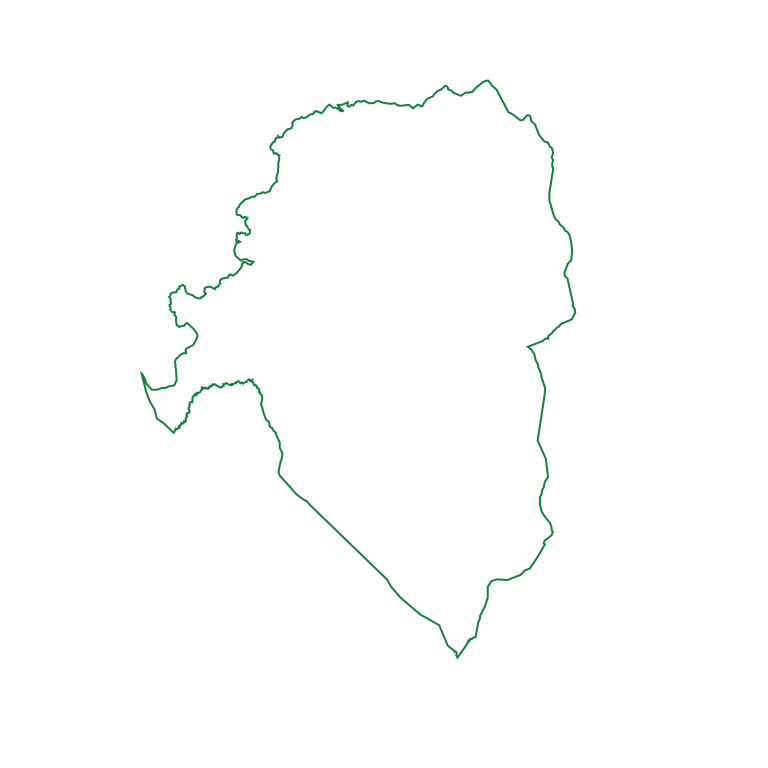 Pru West, Brong Ahafo, Ghana, rotated 163°
{"feature_id": "2480657B32965552352903", "entity_name": "Pru West", "entity_type": "district", "adm_level": 2, "iso_a3": "GHA", "parent_name": "Ghana", "parent_adm1": "Brong Ahafo", "projection": "robinson", "projection_center": [-1.234, 8.037], "detail": "fine", "context": "isolated", "style": "outline", "palette": "green", "viewbox_px": 768, "rotation_deg": 163, "n_neighbors": 0, "source": "geoboundaries", "source_scale": "gbopen_adm2", "svg_char_len": 6154}
<svg xmlns="http://www.w3.org/2000/svg" viewBox="0 0 768 768"><g transform="rotate(163 384 384)"><path d="M291.4,649.3L296.0,650.0L302.9,653.4L306.5,656.3L308.8,656.5L311.9,655.7L316.1,656.8L320.6,661.0L323.1,660.4L325.1,661.8L328.2,662.0L332.0,659.3L333.8,660.5L336.2,659.3L337.3,660.0L337.6,661.4L336.5,662.6L336.4,664.0L342.1,663.2L346.6,664.4L346.4,662.9L345.5,661.8L345.4,660.2L343.2,657.5L343.6,657.0L344.5,657.2L345.9,658.0L347.3,660.5L349.3,662.5L351.0,662.6L352.0,663.3L354.6,667.1L357.2,666.1L364.4,661.1L369.2,665.0L371.8,664.1L372.7,662.9L375.6,663.4L380.4,661.6L383.5,661.9L385.0,663.5L387.2,662.5L391.4,662.8L395.3,660.9L395.8,657.7L397.3,656.0L399.6,655.5L401.8,655.8L406.6,653.0L408.7,650.1L412.1,650.1L412.8,652.1L413.6,650.9L416.0,650.5L416.2,649.5L418.1,647.4L419.2,647.6L422.4,645.4L423.7,643.4L423.5,641.8L421.9,639.7L422.0,636.7L421.2,636.1L419.8,636.4L417.2,633.1L418.1,632.7L418.2,630.1L421.1,624.9L421.1,623.3L422.6,620.6L423.0,618.3L426.5,613.0L427.0,611.7L426.8,609.2L430.4,607.8L433.8,605.6L436.8,601.8L441.7,601.4L444.0,602.9L445.7,602.3L449.9,602.7L453.3,600.9L456.0,601.8L457.8,601.0L462.7,601.1L469.6,597.6L470.8,595.7L472.1,595.5L474.3,593.3L475.4,589.3L475.0,588.7L472.1,587.4L471.3,585.4L469.8,583.8L468.6,584.6L465.9,582.9L466.3,582.0L469.1,580.8L469.7,575.9L468.9,575.6L468.2,571.6L467.0,570.2L468.8,566.8L471.6,566.8L472.4,566.9L472.5,568.7L474.3,569.2L476.3,570.7L478.3,569.6L479.2,571.3L480.3,571.1L481.3,569.5L482.1,566.0L483.4,565.1L483.4,564.0L481.3,563.4L480.0,562.1L481.4,561.7L483.1,562.3L484.8,560.8L488.1,555.9L488.5,552.3L488.2,549.3L485.0,544.2L482.9,544.4L478.5,543.3L477.4,541.3L473.2,539.1L476.6,536.9L479.2,538.7L480.4,540.7L483.1,541.8L483.2,540.6L484.9,540.2L485.3,538.7L486.9,536.9L491.6,533.7L496.5,531.8L497.3,532.0L497.8,533.1L499.3,533.3L499.7,533.8L502.2,531.5L508.7,532.1L510.8,530.7L511.0,528.0L512.2,527.6L514.1,525.6L516.3,525.9L517.8,524.2L522.0,528.0L525.5,528.5L527.5,528.1L529.0,524.3L527.9,522.3L531.6,520.4L533.1,520.6L534.3,519.6L535.9,519.9L538.8,521.8L539.7,522.5L540.7,524.6L545.8,528.1L546.5,531.5L545.8,535.5L547.7,537.6L551.5,536.9L551.9,535.0L554.0,534.8L556.0,532.5L559.0,533.2L561.4,532.9L562.5,530.7L564.0,530.1L563.2,527.2L564.1,525.3L563.9,523.8L564.5,522.8L566.1,522.2L565.7,519.2L566.7,517.7L565.8,515.1L563.0,513.6L564.2,511.8L563.1,508.6L564.4,505.6L565.0,501.1L563.1,498.3L560.8,498.6L558.2,498.1L555.7,499.9L554.3,499.7L549.8,492.0L548.1,486.8L548.3,484.4L551.2,480.5L555.4,477.0L562.6,475.7L564.1,474.2L563.9,472.5L564.4,471.3L567.2,472.1L569.4,471.7L575.8,468.6L577.6,466.2L577.8,463.0L578.5,461.7L578.4,459.9L581.2,448.3L584.9,444.0L590.8,444.7L593.6,444.1L597.8,445.2L602.0,444.8L607.7,446.4L611.2,454.1L611.2,458.8L612.2,463.7L612.8,464.7L613.7,447.0L613.2,436.4L610.8,426.4L611.3,417.4L605.7,410.1L599.8,399.4L599.0,398.8L596.3,402.1L595.3,401.2L593.6,402.3L592.7,401.9L592.6,402.8L591.7,403.0L592.0,403.9L590.1,404.3L589.0,406.1L587.8,405.0L586.3,405.6L586.2,406.8L584.4,406.3L583.6,409.1L581.6,410.7L582.0,411.6L581.3,413.6L580.5,413.7L579.8,413.1L578.0,414.2L578.0,418.0L576.7,418.8L576.8,419.9L575.9,420.8L575.5,422.6L574.5,423.2L572.6,422.7L570.7,427.7L569.7,427.8L568.4,429.2L566.8,428.3L567.0,429.4L565.6,430.4L564.8,429.4L561.9,430.2L561.3,431.2L559.2,432.1L559.6,433.4L559.1,434.2L557.4,432.6L555.7,432.6L555.3,431.5L554.2,431.6L553.7,430.9L552.8,431.9L552.4,431.4L551.7,431.7L550.7,433.0L550.0,432.5L549.9,433.0L548.7,432.8L548.0,433.6L547.7,433.0L545.9,433.3L542.4,429.1L540.6,428.2L539.6,428.5L539.1,429.3L537.9,429.1L537.6,430.9L536.2,430.5L535.0,431.0L534.0,430.7L532.8,428.9L530.5,427.5L530.0,428.5L529.2,428.5L529.0,427.7L525.5,428.7L525.2,428.1L524.3,429.1L522.4,429.2L520.9,426.6L519.6,427.1L518.5,425.5L517.2,426.3L514.9,426.2L512.2,428.0L511.3,427.7L511.1,426.1L508.8,426.5L509.5,424.5L508.7,423.9L508.7,421.4L508.2,420.5L507.0,420.5L506.3,418.8L506.7,417.6L505.0,415.8L504.8,414.6L506.0,413.2L504.9,412.0L505.3,410.8L504.1,408.9L504.7,405.6L507.8,399.9L507.2,396.3L507.6,395.4L507.5,387.1L507.0,384.0L505.4,382.0L505.1,380.5L505.6,378.6L505.4,376.2L504.0,374.9L503.4,371.8L501.7,369.1L501.9,366.7L500.8,358.0L502.4,353.7L501.4,347.4L503.4,342.9L505.7,339.8L510.1,331.8L510.8,329.0L510.2,326.3L499.8,303.9L494.8,296.9L492.3,294.8L490.0,289.7L438.2,196.0L436.6,188.5L430.7,174.8L416.7,153.0L401.7,137.1L399.5,115.2L395.2,108.8L394.9,107.3L393.8,107.3L393.1,105.8L394.2,103.6L393.8,100.9L383.2,108.9L378.8,113.0L377.9,112.9L378.1,114.0L377.0,113.9L376.1,115.1L374.9,114.4L371.8,115.4L370.4,115.2L363.8,128.0L360.6,132.0L359.8,134.3L352.2,142.2L347.1,149.6L344.2,159.5L338.9,164.1L332.8,164.1L323.4,160.5L308.6,161.6L303.4,164.7L298.7,164.8L288.6,172.9L277.1,183.5L277.9,185.1L276.1,187.2L268.0,190.3L265.8,193.1L266.3,194.6L265.6,198.9L265.9,202.4L269.4,211.4L270.5,216.1L270.1,224.3L268.7,226.1L268.8,227.6L267.5,230.7L265.2,233.1L263.4,236.9L261.6,238.2L258.9,243.3L254.3,247.2L251.1,265.0L253.6,285.0L233.5,326.8L231.1,333.1L231.4,344.7L230.9,346.5L230.9,350.0L231.6,355.1L231.0,357.0L232.0,362.9L231.5,368.6L233.0,374.1L235.6,377.5L220.2,378.7L216.2,380.2L213.7,379.4L213.9,380.2L212.7,381.9L208.8,383.3L206.5,385.3L204.9,385.6L202.3,387.4L200.2,387.6L197.4,389.6L185.6,390.9L180.2,396.4L179.7,400.0L180.8,403.7L179.7,405.1L177.7,431.2L179.4,434.0L179.1,437.6L172.8,445.5L168.7,447.7L164.9,457.1L163.3,467.0L163.1,472.5L164.0,475.6L166.1,478.0L166.5,480.9L169.4,485.8L169.7,488.4L171.3,490.3L172.4,494.1L172.2,510.9L170.3,517.7L159.0,540.9L159.6,541.6L159.0,544.9L156.8,548.8L157.5,551.3L154.9,555.2L154.3,560.1L155.9,562.5L156.8,567.0L159.9,569.3L162.9,576.9L163.7,588.0L166.3,592.6L165.9,597.7L167.8,599.0L169.1,598.8L174.3,595.8L176.5,596.4L182.6,604.9L185.5,607.5L190.2,632.3L193.4,637.7L195.5,643.6L198.0,644.2L200.9,643.8L209.8,640.3L214.0,637.6L215.3,637.5L216.2,638.2L217.6,637.6L220.8,638.9L225.5,637.3L226.8,637.5L232.9,642.6L233.2,644.3L236.6,647.2L236.3,648.9L236.8,650.1L238.4,651.3L243.0,649.0L246.9,648.5L250.9,646.8L253.0,644.8L259.5,644.0L262.8,641.8L266.2,638.4L267.2,638.5L268.5,640.3L270.1,641.3L275.5,639.1L278.6,643.7L286.9,645.2L290.1,647.1L291.4,649.3Z" fill="none" stroke="#15803d" stroke-width="2"/></g></svg>